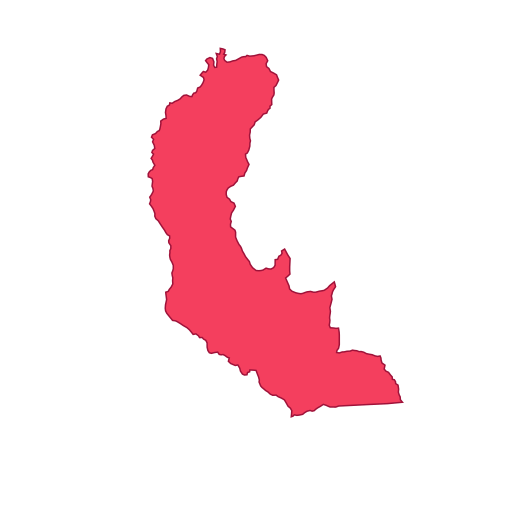 Guararapes, São Paulo, Brazil, rotated 151°
{"feature_id": "56859067B37687958738516", "entity_name": "Guararapes", "entity_type": "district", "adm_level": 2, "iso_a3": "BRA", "parent_name": "Brazil", "parent_adm1": "São Paulo", "projection": "albers", "projection_center": [-50.711, -21.275], "detail": "fine", "context": "isolated", "style": "filled", "palette": "rose", "viewbox_px": 512, "rotation_deg": 151, "n_neighbors": 0, "source": "geoboundaries", "source_scale": "gbopen_adm2", "svg_char_len": 5385}
<svg xmlns="http://www.w3.org/2000/svg" viewBox="0 0 512 512"><g transform="rotate(151 256 256)"><path d="M198.8,57.1L199.4,60.3L198.2,62.9L198.1,65.2L197.5,67.9L195.8,70.4L194.4,74.2L195.7,76.7L194.9,78.5L195.0,80.7L196.5,82.0L195.5,84.3L196.1,86.8L196.5,90.0L198.2,92.3L198.7,95.0L197.4,96.5L196.1,98.0L197.7,101.4L197.0,104.4L196.2,106.2L195.9,108.4L198.3,109.2L200.3,110.9L202.3,113.4L204.6,115.2L206.8,117.1L208.4,119.6L210.3,121.4L212.2,122.4L213.8,124.3L215.4,125.4L217.3,126.9L219.8,127.2L222.7,128.6L225.4,129.4L227.2,130.3L230.1,130.8L232.3,132.5L231.1,134.1L228.5,135.3L226.1,138.1L221.4,146.6L220.2,149.1L218.8,152.9L221.1,153.9L222.9,155.3L225.8,157.2L225.5,160.0L223.9,161.9L222.5,164.0L221.7,166.1L220.5,167.9L218.9,169.9L217.7,171.6L216.5,175.0L212.8,178.8L210.5,181.3L209.4,184.6L208.0,185.9L206.4,187.6L204.7,188.8L201.3,190.6L200.6,193.2L200.1,195.4L205.9,194.4L208.9,193.3L211.0,193.1L213.0,192.9L215.2,193.6L217.6,194.5L221.3,195.4L223.1,196.3L225.5,198.6L228.8,199.9L230.8,200.3L233.0,200.6L235.0,201.2L237.0,202.7L239.0,204.5L240.4,206.2L241.7,207.9L242.6,210.9L241.6,213.9L240.8,222.4L237.7,223.0L235.1,223.7L233.8,226.6L231.8,230.2L228.7,235.2L227.4,237.3L227.7,241.6L227.6,248.2L231.2,248.0L231.9,245.7L234.1,244.6L236.1,244.7L238.7,242.6L241.0,243.5L243.8,238.6L246.2,237.3L249.1,237.3L251.1,238.5L253.1,240.5L256.6,240.3L258.5,240.8L260.6,241.7L263.0,243.3L264.7,247.5L265.1,251.5L264.5,254.4L264.9,256.6L265.5,260.5L265.4,263.9L265.5,266.8L265.0,269.7L264.9,272.0L265.3,274.2L265.2,278.4L264.7,282.4L262.3,286.7L261.9,288.8L264.1,293.8L262.9,296.2L260.9,298.2L260.6,300.8L258.9,302.9L256.5,305.5L253.4,307.1L250.0,309.4L249.6,312.9L251.6,315.8L251.6,318.5L252.9,321.4L252.2,324.3L250.8,326.7L249.3,327.9L247.2,329.0L244.3,329.2L241.4,328.9L238.5,330.0L236.1,330.7L234.4,332.4L232.7,333.6L230.2,332.8L227.7,331.8L225.5,334.0L222.9,335.3L220.8,337.2L217.7,339.5L217.7,342.3L217.4,344.7L217.2,347.1L215.8,350.2L213.7,350.3L211.0,352.1L208.2,355.0L206.6,357.7L205.0,359.4L204.4,361.9L203.0,364.9L201.0,367.2L199.4,369.9L194.0,371.6L191.8,373.7L188.5,374.1L184.6,374.9L180.8,376.6L177.3,375.8L175.7,377.2L174.0,378.2L172.2,378.4L171.1,380.3L168.8,380.8L167.3,383.7L166.2,385.8L164.5,387.0L162.3,388.2L161.1,389.8L160.0,392.1L158.6,394.8L155.9,395.4L153.4,397.1L150.9,398.9L150.6,401.9L150.2,404.5L152.0,407.6L153.9,410.3L153.8,413.8L155.0,416.5L153.9,419.3L151.1,421.1L150.8,424.8L151.5,427.4L152.9,429.2L155.4,430.7L157.8,431.3L160.7,432.1L164.6,433.8L166.6,435.8L168.4,435.4L170.1,436.3L172.1,436.9L175.0,436.9L178.9,436.9L181.7,437.9L184.7,438.4L187.4,439.5L188.6,442.3L188.3,444.4L186.8,445.8L184.8,446.4L186.4,448.2L184.6,449.3L183.1,451.4L184.5,453.1L186.6,454.9L188.1,451.9L190.1,450.2L192.6,452.4L193.1,449.2L194.8,447.7L195.7,444.9L197.4,442.6L198.9,440.2L200.7,440.9L200.6,443.4L198.7,446.2L198.2,449.9L200.1,451.9L203.5,452.1L205.4,451.3L205.0,448.6L204.6,446.2L206.1,444.1L208.1,442.0L210.9,441.1L212.6,442.9L214.4,442.3L217.2,441.2L215.4,437.6L216.0,435.3L218.1,433.4L220.9,431.7L223.0,430.9L225.6,431.2L227.8,428.9L229.6,428.0L231.4,428.6L233.2,427.8L234.8,426.5L236.6,427.7L238.7,430.5L241.3,431.5L243.6,431.1L246.2,430.2L249.0,430.1L252.2,430.5L255.3,430.2L257.1,431.7L258.5,430.0L261.0,430.0L263.4,428.3L265.6,425.4L266.7,422.3L267.9,419.9L270.5,420.6L273.9,420.2L275.0,417.9L276.7,415.8L278.4,413.8L279.8,412.6L281.9,412.7L284.5,411.8L287.8,412.2L289.8,410.6L289.0,407.7L291.1,406.0L291.3,402.2L292.4,399.1L295.3,398.5L296.9,397.0L296.2,394.8L297.8,393.7L300.4,392.2L300.1,390.0L300.6,387.9L300.5,384.4L302.9,383.2L304.5,381.7L306.5,381.9L308.6,381.3L310.5,380.1L311.8,377.5L310.4,375.9L309.3,374.1L310.2,371.4L311.7,369.4L313.1,367.5L313.4,365.0L314.3,362.6L316.6,361.0L318.4,359.9L320.4,359.0L320.8,356.2L322.0,354.7L323.8,353.2L323.4,350.8L323.1,347.4L323.5,344.2L323.9,342.0L325.2,339.9L325.5,337.2L324.4,334.2L324.2,330.8L323.9,326.8L323.5,323.1L323.5,320.1L323.2,317.6L321.8,315.5L322.8,313.4L325.0,311.7L325.8,309.8L325.5,306.3L326.9,303.8L328.7,302.5L329.7,300.6L331.1,298.7L331.9,296.7L332.5,294.6L332.5,291.4L332.9,287.9L334.5,285.0L335.9,283.5L337.8,281.9L338.7,279.6L339.4,277.1L340.9,274.9L342.3,271.9L345.3,269.9L348.1,268.8L349.9,267.6L352.5,268.1L353.4,266.0L354.3,263.7L355.3,261.2L358.8,257.2L360.7,254.3L361.7,251.8L361.8,249.1L361.0,244.5L360.2,240.1L357.9,238.4L356.7,236.7L355.3,234.3L354.3,232.4L353.3,230.4L351.1,226.8L350.0,223.7L349.5,221.0L349.0,217.9L346.3,217.0L345.0,214.2L344.9,212.0L342.6,210.8L342.1,208.7L340.8,206.6L340.9,203.7L343.0,199.8L343.9,196.6L343.7,194.0L342.2,192.5L338.9,191.6L336.1,190.5L335.9,187.8L334.4,186.5L332.6,185.8L331.4,184.0L330.1,181.2L328.8,179.8L331.2,177.3L330.3,174.3L327.2,170.3L324.7,169.5L324.6,165.8L325.4,162.8L325.1,159.3L323.8,157.5L321.5,156.5L319.9,158.2L317.7,157.8L316.6,159.3L313.7,157.5L311.4,155.9L312.0,152.1L312.4,149.0L313.2,145.9L314.4,144.3L314.9,140.1L314.5,138.2L313.6,135.9L312.8,133.7L311.5,131.4L310.5,128.3L308.9,126.1L305.9,124.6L304.8,122.2L302.6,119.3L300.9,116.4L300.8,113.1L300.8,109.0L299.7,106.3L299.7,103.4L301.3,100.9L303.1,98.3L301.3,98.0L299.5,98.5L297.5,96.8L294.7,95.7L291.9,94.9L289.4,95.4L286.6,95.5L283.6,94.7L282.1,93.1L280.1,92.5L278.1,93.0L275.7,93.3L272.5,93.3L269.1,93.6L267.0,91.4L265.7,89.6L264.4,88.0L262.4,86.9L259.4,85.2L256.4,84.7L227.8,70.7L212.7,63.2L198.8,57.1Z" fill="#f43f5e" stroke="#9f1239" stroke-width="1.5"/></g></svg>